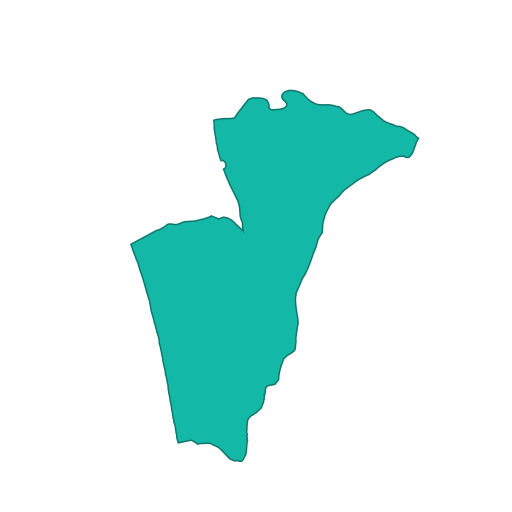 Tivaoune, Thiès, Senegal, rotated 309°
{"feature_id": "50182788B62483410284412", "entity_name": "Tivaoune", "entity_type": "district", "adm_level": 2, "iso_a3": "SEN", "parent_name": "Senegal", "parent_adm1": "Thiès", "projection": "albers", "projection_center": [-16.699, 15.086], "detail": "fine", "context": "isolated", "style": "filled", "palette": "teal", "viewbox_px": 512, "rotation_deg": 309, "n_neighbors": 0, "source": "geoboundaries", "source_scale": "gbopen_adm2", "svg_char_len": 6023}
<svg xmlns="http://www.w3.org/2000/svg" viewBox="0 0 512 512"><g transform="rotate(309 256 256)"><path d="M362.8,283.2L363.6,283.3L367.6,284.3L371.9,285.5L378.7,287.2L380.7,288.0L385.4,290.0L388.9,291.6L390.2,292.5L395.5,293.8L398.0,294.7L400.7,295.0L406.7,296.5L410.1,297.5L413.9,299.2L418.7,301.7L421.2,302.9L424.0,305.1L426.6,308.1L427.0,310.4L428.5,312.5L430.5,313.0L434.3,312.9L439.5,311.2L443.4,309.8L445.7,308.9L449.3,308.3L449.8,308.3L449.6,306.6L449.8,304.0L450.1,302.8L450.1,301.7L449.6,299.0L448.7,292.9L448.7,291.5L448.4,289.5L447.7,287.7L447.1,286.1L445.9,284.5L445.0,283.0L444.5,280.4L442.9,276.2L441.8,272.7L441.4,269.5L441.5,265.5L441.5,261.8L442.0,256.0L441.5,253.0L440.4,251.4L438.4,249.4L435.9,247.3L434.3,246.3L430.0,243.6L427.8,242.3L426.8,241.5L425.8,240.8L424.7,239.1L424.1,237.7L423.8,236.0L424.0,233.6L424.3,230.9L424.4,229.6L424.2,226.8L423.5,225.3L422.8,224.5L421.8,221.7L421.2,220.6L420.4,219.3L419.2,217.3L418.0,215.8L415.8,213.3L414.2,211.1L412.8,209.0L411.7,206.6L411.3,204.6L410.9,202.4L410.6,200.0L410.7,197.1L410.9,195.5L411.3,192.6L411.7,190.5L411.0,188.0L410.4,185.9L409.0,182.5L407.6,180.2L405.8,177.8L402.2,175.3L399.9,174.7L397.5,174.9L395.8,175.8L394.6,178.3L394.2,182.5L393.7,184.1L392.8,184.9L391.3,185.2L388.8,184.9L387.7,184.2L385.9,182.9L384.1,181.3L382.1,179.1L380.7,177.7L379.2,175.8L379.4,172.8L381.3,171.4L382.9,169.1L383.9,166.1L383.3,163.8L382.5,161.7L380.2,158.2L378.4,155.9L376.7,153.9L373.1,151.6L366.6,151.6L357.9,151.9L354.3,152.0L349.6,152.4L347.1,150.0L344.3,146.8L342.9,144.9L340.8,142.8L338.4,140.5L336.7,139.0L334.9,137.8L334.5,138.1L334.1,138.6L332.8,140.0L332.2,140.5L330.6,141.9L328.8,143.2L323.3,149.4L321.3,151.7L318.9,154.0L317.4,156.3L315.9,157.8L314.1,159.6L313.2,161.2L311.9,162.9L310.3,165.3L309.3,166.8L308.0,168.9L309.4,169.9L309.6,172.1L309.2,173.1L308.9,174.0L307.6,175.7L305.2,176.8L303.0,176.1L302.1,177.9L299.8,181.6L297.3,186.3L294.7,191.3L291.7,197.9L289.5,202.7L287.8,206.4L286.0,209.4L283.3,212.8L280.8,215.1L278.2,217.6L276.1,219.7L274.6,222.2L273.4,224.5L269.4,227.9L267.3,230.5L268.0,220.6L268.4,217.5L268.4,213.5L267.4,209.3L265.9,206.7L265.4,206.0L262.7,204.5L261.1,203.3L260.8,202.0L259.1,196.1L256.9,195.2L252.2,192.3L248.3,189.2L245.9,187.5L245.0,186.8L237.7,178.9L235.8,177.7L232.9,176.2L230.8,174.7L228.9,172.7L227.6,170.0L225.4,167.6L219.9,166.1L215.1,164.1L213.7,162.8L206.8,159.9L200.0,157.1L193.1,154.2L186.4,151.4L183.8,155.5L181.4,159.5L179.8,162.5L178.3,164.6L177.3,166.8L175.9,169.1L173.5,172.6L172.1,174.6L170.5,177.3L168.8,180.1L167.3,182.3L166.2,183.8L164.3,186.7L163.5,187.7L161.6,190.5L159.5,193.3L157.9,195.7L156.7,197.5L154.8,200.5L152.8,202.9L151.0,205.0L149.2,207.1L147.2,209.3L146.2,210.8L143.7,214.4L142.0,216.9L141.4,217.6L140.5,218.4L138.2,222.3L137.4,223.0L135.8,225.3L134.5,226.9L133.3,229.0L132.6,229.7L131.7,231.3L130.6,232.5L129.5,233.9L127.6,235.5L126.3,237.2L124.8,239.4L124.0,240.2L121.9,242.8L119.0,246.2L117.8,247.7L115.1,250.6L113.5,252.7L111.2,255.6L109.9,257.4L107.6,259.7L107.3,260.0L106.6,260.9L106.0,261.9L105.3,262.7L104.7,263.5L104.0,264.4L103.2,265.3L102.4,266.0L101.9,266.7L101.0,267.8L100.6,268.5L99.8,269.3L98.9,270.1L98.1,270.9L97.1,271.8L96.4,272.6L95.8,273.4L95.1,274.1L94.4,274.7L93.6,275.9L92.9,276.7L92.2,277.5L91.7,278.1L91.1,278.8L90.2,279.7L89.5,280.4L88.8,281.4L88.7,281.4L88.6,281.6L88.3,282.0L87.8,282.6L87.1,283.3L86.5,284.1L85.7,285.0L85.1,285.7L84.3,286.5L83.5,287.2L82.9,288.0L82.4,288.8L81.8,289.4L81.3,290.1L80.8,290.6L80.1,291.3L79.5,292.0L78.9,292.6L78.3,293.2L77.6,293.9L77.3,294.6L76.9,295.1L76.5,295.7L75.8,296.2L75.3,296.5L74.8,297.2L74.5,297.9L74.2,298.6L73.5,299.5L73.2,300.0L72.7,300.6L72.0,301.2L71.6,301.8L70.9,302.4L70.4,303.0L69.9,303.4L69.5,304.1L68.9,304.5L68.2,305.3L68.0,305.7L67.5,306.2L67.3,306.7L67.1,307.0L66.7,307.4L66.0,308.0L65.2,308.5L64.6,309.3L64.0,310.0L63.5,310.9L63.0,311.5L62.6,312.0L62.2,312.6L61.9,313.2L65.5,316.2L70.0,319.8L72.4,321.9L72.8,325.6L72.9,325.9L73.0,328.9L75.0,330.6L78.3,334.2L81.5,338.1L83.7,347.6L83.5,350.3L83.0,354.6L82.6,357.9L82.2,360.6L81.9,362.8L82.2,364.8L82.5,365.6L82.9,366.9L83.2,368.0L83.7,368.9L84.9,369.6L86.3,372.6L87.1,373.7L88.2,374.2L90.5,374.0L91.8,373.8L93.5,373.3L94.3,373.1L95.8,372.9L96.9,372.1L98.3,371.3L100.4,369.9L102.7,368.2L106.9,365.5L107.2,365.6L107.7,365.3L107.8,364.3L108.3,363.9L109.1,363.8L109.4,363.5L110.0,362.4L111.0,362.0L111.9,361.6L112.6,360.4L113.4,359.5L114.4,358.8L115.5,358.1L116.5,357.2L117.8,356.3L118.9,355.6L119.9,354.8L121.0,354.1L121.8,353.7L122.8,353.1L123.7,352.7L124.8,352.6L126.5,352.5L127.9,352.6L129.3,352.9L130.1,353.5L131.2,353.8L132.6,354.0L133.7,354.6L134.8,354.9L136.4,354.9L137.7,355.3L139.0,355.4L140.3,355.7L141.2,355.7L142.6,355.4L143.6,354.8L144.7,354.6L145.9,354.3L147.0,353.9L147.8,353.4L148.5,352.9L149.6,352.7L150.3,351.9L151.1,351.4L152.2,351.0L152.8,350.6L153.3,349.5L154.4,349.7L155.0,349.5L155.7,349.2L156.2,348.9L157.1,348.3L157.4,347.8L158.0,347.2L159.0,346.9L160.2,346.5L160.9,346.7L162.2,346.6L162.7,346.9L163.2,347.3L163.8,347.9L164.7,348.6L165.4,349.2L166.1,349.6L166.9,350.6L167.6,350.9L168.1,351.3L169.0,351.6L169.6,351.5L170.4,351.4L171.0,351.5L171.5,351.4L172.8,351.4L173.8,351.6L176.8,349.4L181.1,347.0L184.2,345.6L187.8,344.2L191.4,343.0L193.4,342.2L194.8,342.4L196.4,342.6L198.6,343.0L201.9,344.2L204.4,345.0L206.9,345.4L208.6,344.8L210.5,343.6L212.0,342.6L215.2,340.5L216.6,339.1L217.3,338.7L218.7,337.7L220.7,336.5L224.3,334.4L227.3,332.5L229.8,331.4L232.3,329.2L233.9,327.6L235.9,325.3L237.5,323.5L242.2,318.4L246.8,314.2L249.6,312.2L251.0,311.7L251.2,311.0L251.4,310.9L255.7,309.6L260.9,308.2L267.8,306.2L272.7,305.6L278.9,304.1L284.0,302.6L289.8,300.5L293.9,299.0L300.6,297.0L301.8,296.5L306.8,294.2L310.4,293.3L314.1,292.9L316.4,292.7L317.6,291.5L320.6,289.4L323.4,287.5L324.8,286.8L325.4,286.4L327.1,285.8L329.0,284.9L331.6,283.8L334.5,283.0L336.8,282.5L339.3,282.0L341.7,281.6L344.5,281.3L347.9,281.8L351.2,282.2L355.1,282.9L358.6,282.8L360.7,283.0L362.8,283.2Z" fill="#14b8a6" stroke="#0f766e" stroke-width="1.5"/></g></svg>